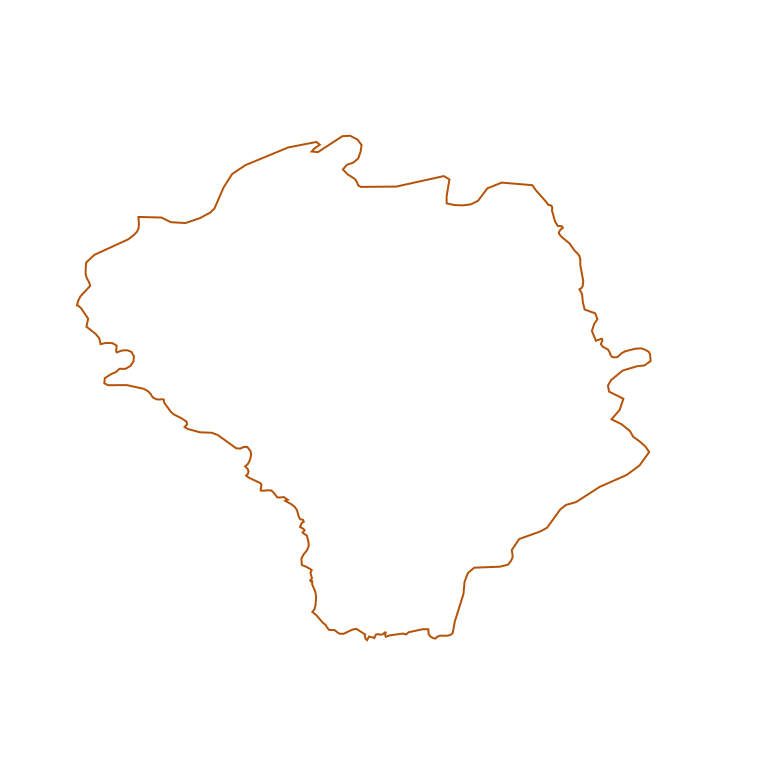 the Voivodeship of Lublin, rotated 156°
{"feature_id": "POL-3151", "entity_name": "Lublin", "entity_type": "Voivodeship", "adm_level": 1, "iso_a3": "POL", "parent_name": "Poland", "parent_adm1": "", "projection": "equal_earth", "projection_center": [23.045, 51.304], "detail": "fine", "context": "isolated", "style": "outline", "palette": "amber", "viewbox_px": 768, "rotation_deg": 156, "n_neighbors": 0, "source": "natural_earth", "source_scale": "10m", "svg_char_len": 3910}
<svg xmlns="http://www.w3.org/2000/svg" viewBox="0 0 768 768"><g transform="rotate(156 384 384)"><path d="M440.5,130.5L442.0,131.5L444.2,134.0L444.9,137.3L443.3,141.9L447.9,144.1L462.4,147.2L465.6,146.2L468.2,148.3L480.8,152.0L485.1,152.3L485.1,153.9L483.6,156.2L484.2,156.7L487.1,155.8L489.7,156.7L491.5,158.1L493.4,158.4L496.2,155.8L497.0,156.9L499.0,158.2L500.3,159.4L503.7,156.9L504.5,158.8L504.0,161.9L503.1,162.8L508.8,171.5L512.8,172.5L522.4,172.2L526.2,174.0L527.6,176.0L528.6,178.1L529.8,179.7L531.7,180.4L534.2,181.7L535.0,184.7L535.3,187.6L537.0,190.8L539.9,200.5L542.2,204.8L539.0,206.7L536.4,210.0L532.6,217.1L531.3,221.8L531.1,230.1L529.8,233.0L530.6,233.2L531.0,233.2L531.1,233.6L531.2,234.7L528.8,235.8L528.0,241.4L525.7,243.5L528.9,248.1L532.7,252.1L530.5,258.1L526.6,261.1L522.3,263.2L518.9,266.3L518.0,268.1L517.2,270.9L516.1,276.8L516.8,278.1L518.2,279.9L518.7,281.5L516.8,282.2L516.0,282.9L516.7,284.6L517.9,286.4L518.9,287.5L516.3,290.0L515.1,290.6L513.3,290.8L513.3,292.8L515.6,294.7L515.9,297.2L514.8,304.2L515.5,307.9L517.3,311.5L521.8,317.5L520.4,317.6L519.0,317.5L521.6,321.5L524.8,322.5L527.6,323.8L528.4,327.3L528.8,328.9L530.2,332.5L533.4,334.2L537.1,335.3L540.0,336.9L536.8,342.0L537.2,343.6L545.5,353.3L547.2,356.4L544.8,357.3L543.4,359.1L543.1,361.7L544.4,365.2L540.7,366.4L537.1,369.4L534.3,373.2L533.2,376.7L534.5,382.2L537.8,383.5L541.7,383.5L545.2,385.4L556.6,405.0L561.2,409.5L571.7,414.7L581.4,422.6L583.7,425.8L580.4,427.2L579.6,429.6L582.7,434.7L588.1,441.3L589.9,444.8L592.3,455.7L592.3,457.3L591.5,459.3L593.0,460.4L595.6,461.2L598.1,462.6L600.4,465.3L601.0,467.5L601.2,469.8L602.4,473.2L605.4,477.3L619.4,487.6L636.5,495.1L639.2,498.4L636.7,502.9L630.5,503.9L623.7,504.0L619.5,505.5L614.0,503.0L608.4,503.6L603.7,506.5L601.2,511.0L601.6,515.9L604.7,519.2L609.5,521.1L615.3,521.6L615.3,523.2L612.6,527.8L615.5,531.8L621.2,534.6L626.7,535.7L625.5,541.6L627.1,547.1L632.4,557.2L632.5,557.4L627.7,564.0L629.9,576.4L631.4,579.9L632.5,580.6L632.2,581.2L629.7,584.2L625.8,587.5L612.6,593.1L612.0,596.3L612.4,601.3L612.1,604.7L611.2,607.5L606.7,616.1L595.9,619.8L558.6,620.2L551.5,622.0L547.9,623.5L545.2,625.7L542.9,629.5L540.4,636.5L540.2,636.4L519.6,626.6L512.9,618.5L499.9,611.8L484.7,610.4L473.0,611.3L467.6,613.2L450.6,628.8L437.3,637.6L421.7,640.3L375.4,639.1L347.3,632.6L345.3,628.7L352.3,627.3L355.5,625.8L350.0,622.7L321.3,627.3L314.0,624.6L308.7,617.9L307.3,611.4L310.7,606.0L315.8,600.5L322.3,598.7L328.7,599.4L334.3,596.7L332.0,590.4L327.1,583.0L326.6,579.4L326.8,575.9L325.0,573.5L292.6,559.4L244.8,549.6L241.0,544.3L250.4,530.1L253.3,523.5L246.8,518.8L239.5,515.2L231.7,512.8L223.6,513.1L210.0,520.7L194.6,520.1L167.6,505.3L166.6,499.7L161.6,483.8L161.2,481.4L160.8,480.5L159.8,480.0L158.9,479.3L158.4,477.8L158.7,476.2L159.2,475.4L159.7,475.0L160.0,474.1L161.6,462.9L161.0,457.8L157.2,455.6L157.2,453.8L158.7,453.6L160.5,452.9L162.1,451.8L163.0,450.3L162.2,446.8L157.3,436.8L155.7,428.5L153.9,423.9L153.4,421.8L153.8,418.8L154.6,416.6L156.3,412.8L160.2,396.7L162.7,392.6L164.6,391.3L166.9,391.0L166.5,385.6L169.1,377.8L170.4,370.4L162.3,362.6L162.7,356.4L167.6,353.3L172.5,347.9L172.8,337.3L166.6,336.8L166.6,335.1L169.7,332.2L169.0,329.0L165.4,324.5L165.0,320.8L165.2,317.9L164.4,315.6L161.3,314.0L159.4,313.8L154.3,315.5L150.7,315.8L140.3,314.1L134.6,312.0L131.6,309.2L129.1,305.8L128.8,303.1L131.0,296.6L138.4,295.0L145.6,297.3L160.5,299.2L175.0,295.2L180.1,291.4L181.5,285.5L171.3,273.2L179.2,264.5L190.5,259.2L183.4,250.7L178.5,241.2L177.8,234.4L173.8,227.6L170.6,220.5L169.4,214.0L183.8,205.6L199.3,202.2L228.7,202.3L256.6,198.0L266.9,199.5L274.0,197.7L293.4,186.4L301.2,185.7L323.5,187.4L334.9,180.3L335.8,176.4L337.1,173.2L340.5,170.4L344.2,168.5L352.5,170.0L376.3,179.5L384.2,177.2L390.9,170.5L396.7,160.0L416.0,138.1L422.5,128.6L425.2,127.7L428.9,128.4L435.3,131.4L438.9,131.3L440.5,130.5Z" fill="none" stroke="#b45309" stroke-width="2"/></g></svg>